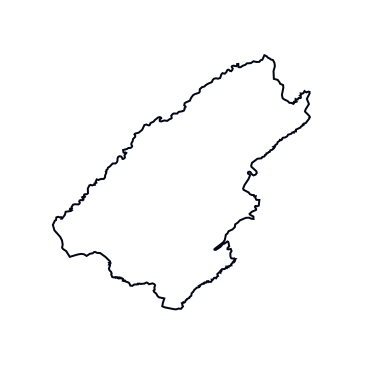 Kasongo-Lunda, Bandundu, Democratic Republic of the Congo (Natural Earth projection), rotated 72°
{"feature_id": "63176286B94968684087840", "entity_name": "Kasongo-Lunda", "entity_type": "district", "adm_level": 2, "iso_a3": "COD", "parent_name": "Democratic Republic of the Congo", "parent_adm1": "Bandundu", "projection": "natural_earth1", "projection_center": [17.609, -7.011], "detail": "fine", "context": "isolated", "style": "outline", "palette": "ink", "viewbox_px": 384, "rotation_deg": 72, "n_neighbors": 0, "source": "geoboundaries", "source_scale": "gbopen_adm2", "svg_char_len": 6024}
<svg xmlns="http://www.w3.org/2000/svg" viewBox="0 0 384 384"><g transform="rotate(72 192 192)"><path d="M157.2,56.7L155.5,57.1L150.4,59.7L148.6,58.5L144.5,53.6L138.9,54.0L134.5,49.6L133.1,49.3L132.5,50.3L132.6,52.5L130.8,53.8L132.4,55.5L132.5,56.6L131.9,58.1L133.0,58.1L133.7,59.6L134.5,59.0L136.0,59.3L136.2,59.7L135.6,61.7L136.7,63.0L136.6,63.6L135.6,64.7L137.4,65.5L138.4,64.8L138.5,65.6L137.7,67.1L138.2,67.8L139.2,67.7L139.5,68.4L137.9,70.0L137.3,71.8L135.1,72.9L132.2,75.9L130.8,76.8L127.5,76.5L121.0,72.9L118.5,72.3L116.2,74.8L114.9,74.8L111.8,75.9L109.7,79.2L102.2,77.1L98.0,74.3L94.6,73.7L91.6,74.2L89.9,76.5L89.0,76.8L88.0,78.1L85.9,79.1L84.3,80.9L88.0,84.3L87.9,86.0L89.0,87.8L88.4,90.2L86.7,93.2L87.6,96.2L86.6,100.2L87.5,101.8L87.6,104.7L88.3,107.0L88.0,108.5L87.3,109.2L84.5,108.4L84.3,109.6L85.3,109.9L86.0,111.2L84.7,113.4L84.6,114.8L84.9,115.4L85.7,115.5L87.1,115.1L88.3,115.9L89.2,117.4L88.5,118.5L87.1,119.2L86.8,120.0L87.1,120.9L88.6,122.3L89.6,124.3L88.4,126.3L89.3,127.8L92.3,130.0L92.3,132.2L91.2,134.2L91.1,136.2L91.9,137.7L93.6,139.2L94.0,143.3L94.6,145.9L95.5,147.5L95.4,150.1L96.6,152.8L99.1,153.7L99.8,154.9L99.8,159.1L100.2,160.9L102.2,163.8L104.5,165.8L104.9,170.2L105.4,171.6L107.1,172.6L108.8,171.7L109.3,171.9L109.9,173.2L111.2,173.6L112.1,174.7L112.2,176.4L111.7,179.8L112.8,181.8L111.7,185.3L111.9,186.3L113.1,188.2L115.3,188.4L115.7,188.9L115.8,190.7L116.7,193.6L115.4,196.3L115.4,199.5L114.6,200.7L113.0,200.3L112.4,198.5L111.9,198.4L110.8,199.4L110.7,201.4L112.1,205.1L113.2,206.8L113.6,210.1L115.2,211.5L115.4,212.4L113.7,214.7L113.6,216.6L117.4,220.1L119.1,224.3L118.9,228.0L119.3,228.9L120.7,228.6L122.0,229.0L123.3,231.6L125.4,232.8L127.0,234.6L128.2,235.0L129.8,234.7L130.9,235.8L131.0,237.4L130.5,238.8L131.0,240.7L130.8,244.6L133.3,244.9L133.8,244.4L133.9,242.9L134.6,242.4L136.3,244.9L138.3,245.1L139.0,245.8L139.3,247.4L139.0,247.9L137.4,248.0L136.2,248.6L135.6,249.9L135.8,251.3L137.0,252.4L139.2,253.2L140.6,254.4L141.2,256.0L140.4,258.7L142.3,262.2L142.9,264.4L144.3,265.4L144.8,266.7L145.6,266.8L146.1,267.7L147.1,267.5L149.4,269.5L151.2,270.2L152.3,271.9L151.5,274.5L151.6,277.4L150.6,278.7L152.4,280.4L153.6,280.1L153.8,282.1L155.1,282.1L154.8,285.0L153.9,286.3L154.0,287.5L156.5,290.0L161.0,291.3L161.6,292.7L161.0,294.5L161.2,295.4L161.7,295.7L163.5,295.2L163.9,296.2L162.9,297.2L163.0,298.1L165.7,297.6L166.1,298.5L165.3,300.2L165.4,301.6L166.3,302.2L167.6,302.0L168.5,302.9L168.7,304.0L167.5,307.0L167.3,309.0L169.0,311.1L170.5,311.2L170.2,313.1L170.6,313.4L172.3,312.0L172.6,313.0L171.8,318.3L174.5,320.0L177.2,323.9L177.0,324.5L176.3,324.0L175.5,324.2L175.2,325.7L174.2,327.1L174.2,328.8L176.7,330.1L176.9,331.3L180.3,334.5L185.9,334.7L194.0,331.2L197.9,330.6L201.9,331.2L204.8,332.7L206.2,332.4L209.4,329.9L215.9,328.3L216.1,320.2L216.6,316.6L217.8,314.0L220.2,312.0L219.2,308.1L219.6,305.5L218.9,303.6L219.1,302.7L220.6,301.0L221.7,298.2L227.1,294.3L232.7,291.4L234.2,291.5L233.9,292.6L234.5,292.4L235.3,293.2L235.5,292.6L236.1,292.4L239.2,294.7L240.6,294.7L243.2,293.6L244.7,293.6L245.3,294.3L248.2,294.1L249.2,292.6L249.2,291.5L249.8,291.2L249.5,290.6L250.0,289.4L250.7,289.6L251.5,288.5L250.7,288.0L250.9,287.2L251.6,287.0L251.6,286.3L252.1,286.3L252.4,285.3L253.1,284.6L253.8,285.0L254.3,284.4L255.1,285.1L255.9,283.7L255.8,283.0L256.6,282.8L258.5,280.3L259.5,279.8L262.0,279.6L262.8,277.7L262.1,275.6L262.9,273.1L262.5,272.0L263.1,271.7L262.8,270.9L263.0,269.9L263.5,269.6L264.4,265.5L264.0,263.3L264.6,262.4L266.4,261.4L266.7,257.8L268.0,256.3L269.3,255.9L271.2,257.3L273.4,257.7L273.9,259.0L275.3,258.9L277.4,257.5L280.3,256.9L281.9,256.0L284.7,251.2L288.5,254.0L291.5,255.6L293.2,253.7L297.9,245.3L298.7,243.3L298.7,240.8L299.7,238.6L298.0,235.9L296.3,236.2L295.3,235.6L294.6,235.9L294.5,234.8L294.1,234.3L294.8,233.8L294.5,232.6L293.0,231.4L292.9,230.4L292.2,229.8L291.9,227.2L291.0,226.6L290.5,224.8L288.2,223.6L287.1,221.4L286.0,220.4L284.5,217.1L284.7,214.6L284.2,213.8L283.4,214.3L282.6,210.7L282.9,209.0L282.8,208.7L282.2,209.0L281.9,208.0L282.5,206.6L281.5,205.4L281.7,204.7L282.5,204.5L282.1,203.8L282.8,203.4L283.3,201.7L282.0,199.8L281.5,200.0L281.7,199.0L280.5,197.5L280.8,195.9L281.4,195.7L281.1,195.2L279.9,193.9L279.9,193.2L277.9,193.3L276.7,190.8L277.5,190.0L277.1,189.9L276.6,188.7L275.7,188.1L275.4,188.7L275.2,188.4L274.7,187.2L275.3,185.0L275.1,183.7L274.4,183.3L274.9,182.5L273.9,182.2L274.6,181.6L274.0,180.8L274.6,180.3L273.9,179.9L274.0,178.3L273.4,177.7L273.8,177.1L272.5,176.6L271.7,174.9L271.8,173.8L271.1,172.9L270.7,173.8L269.2,171.3L268.7,172.3L268.2,172.4L268.2,173.2L267.1,175.2L265.3,175.4L261.9,174.4L260.3,172.6L258.2,172.7L257.8,175.2L257.3,175.9L256.3,175.5L255.1,173.4L251.1,172.9L250.3,173.2L250.0,173.6L251.1,177.2L251.0,178.6L253.0,181.9L254.3,186.9L254.2,188.0L253.7,188.5L253.2,188.2L249.5,177.8L247.6,175.5L243.1,173.0L242.4,171.1L240.6,169.3L240.1,165.0L238.6,162.1L236.1,160.9L235.3,157.9L233.8,155.2L233.2,148.8L234.1,145.6L235.7,143.9L236.6,141.8L234.3,141.2L231.7,143.7L230.6,144.0L229.3,141.2L228.8,136.6L227.8,136.2L225.9,136.8L225.3,136.5L224.9,135.9L225.7,134.3L225.5,132.7L220.4,130.4L219.3,133.2L217.0,133.6L215.7,132.7L215.3,134.3L214.0,134.2L213.2,136.3L211.9,137.6L209.9,138.3L205.8,142.3L204.5,142.3L201.5,139.8L197.2,134.3L194.3,131.8L193.2,131.8L191.8,133.0L190.8,132.8L190.4,132.3L190.4,131.2L191.1,130.3L193.7,129.6L195.2,128.4L195.1,126.1L193.9,124.5L192.1,124.4L186.4,127.7L185.1,127.5L182.8,125.9L180.6,119.5L181.4,115.5L180.4,114.2L180.6,112.5L180.0,111.4L179.4,111.2L179.2,109.7L178.3,109.3L178.2,107.5L177.7,106.7L177.9,105.8L176.5,104.5L176.7,103.2L175.9,100.8L175.4,101.0L174.6,99.7L174.1,100.2L174.0,99.2L174.3,98.9L173.0,98.1L172.6,96.3L171.0,95.0L170.3,92.6L169.6,92.3L170.2,91.1L169.8,90.1L169.3,90.1L168.5,88.8L168.9,86.7L168.5,84.4L167.2,82.9L167.3,79.7L166.4,78.3L167.0,76.8L166.3,76.6L166.1,75.7L166.5,74.4L164.8,73.8L164.2,68.9L163.6,68.4L162.7,65.4L162.2,65.8L161.5,64.8L161.6,62.6L158.4,57.8L157.8,57.7L157.2,56.7Z" fill="none" stroke="#020617" stroke-width="2"/></g></svg>